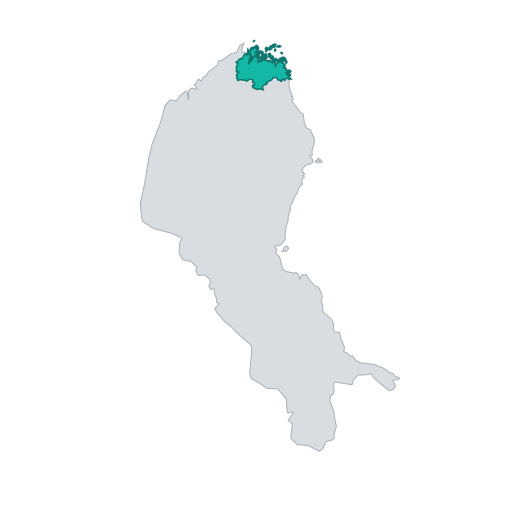 Finland, with Finland Proper highlighted, rotated 161°
{"feature_id": "FIN-3191", "entity_name": "Finland Proper", "entity_type": "Region", "adm_level": 1, "iso_a3": "FIN", "parent_name": "Finland", "parent_adm1": "", "projection": "orthographic", "projection_center": [22.144, 60.47], "detail": "fine", "context": "in_parent", "style": "filled", "palette": "teal", "viewbox_px": 512, "rotation_deg": 161, "n_neighbors": 0, "source": "natural_earth", "source_scale": "10m", "svg_char_len": 9822}
<svg xmlns="http://www.w3.org/2000/svg" viewBox="0 0 512 512"><g transform="rotate(161 256 256)"><path d="M214.7,222.3L212.7,215.0L210.3,208.7L207.7,207.1L206.8,204.7L206.3,199.6L206.6,195.6L209.1,191.7L209.4,186.6L210.8,182.4L210.0,179.8L205.6,172.3L205.0,169.9L204.7,165.8L206.9,161.9L206.1,158.2L201.8,156.8L202.0,154.5L203.0,150.7L202.3,147.5L202.2,140.4L204.2,137.2L201.7,134.8L199.2,130.3L197.2,130.1L195.9,125.3L192.2,121.0L179.6,115.0L171.9,108.3L167.9,102.7L164.2,99.6L163.9,96.7L160.0,94.4L160.8,93.1L163.9,93.1L166.4,94.3L167.3,92.8L166.3,88.6L166.5,87.5L169.4,85.2L174.0,85.2L184.0,101.8L185.6,107.1L195.2,108.9L196.3,110.1L198.9,109.8L204.4,107.1L206.5,103.4L208.5,103.7L222.5,111.3L224.6,109.4L225.6,104.4L226.6,102.1L228.0,100.4L231.1,99.3L233.4,95.1L232.9,83.5L233.9,80.1L235.5,68.7L239.2,63.4L241.8,58.0L244.7,57.1L250.1,57.7L255.9,51.9L259.9,50.8L268.0,59.5L278.6,64.4L282.2,71.9L281.3,75.2L276.7,84.3L276.8,86.6L279.1,90.2L271.7,95.6L272.4,96.8L276.7,97.0L277.3,98.6L274.2,109.9L274.3,111.9L278.6,123.3L288.9,127.3L292.3,132.3L300.5,141.7L300.4,146.5L291.9,165.5L290.0,170.7L290.0,173.9L297.9,187.4L302.4,197.1L307.0,204.0L311.5,215.7L312.2,219.8L306.3,222.8L308.2,224.8L307.2,228.7L307.6,234.2L306.3,237.8L306.7,238.8L309.8,239.2L310.4,241.5L310.3,243.0L307.5,246.1L307.5,248.9L309.7,253.6L311.3,255.1L316.4,256.1L317.2,257.3L317.8,260.7L315.9,264.4L316.1,265.8L319.0,271.8L326.1,276.1L327.3,279.8L327.6,282.3L327.5,284.6L323.6,293.8L320.1,297.0L328.7,305.2L343.8,315.1L351.1,324.3L352.0,327.0L349.3,340.2L348.0,343.8L338.5,359.4L325.0,384.4L317.8,395.6L303.2,412.8L292.7,428.2L286.4,431.6L281.1,428.8L278.6,429.8L276.3,432.1L268.3,435.0L267.8,432.7L269.1,426.3L268.4,426.5L267.2,429.5L266.6,433.0L265.2,434.8L261.8,435.7L258.3,433.1L256.8,433.3L258.7,437.3L258.6,438.5L256.9,438.4L253.3,441.7L252.5,441.8L251.2,439.2L247.4,442.3L243.7,443.0L241.5,445.3L230.7,448.9L227.7,452.7L225.6,452.0L213.3,455.4L208.1,454.7L202.6,460.4L198.2,461.2L202.6,455.3L202.8,453.3L200.4,452.4L198.7,450.3L197.0,445.9L196.1,445.7L194.7,451.2L191.8,453.2L188.1,453.2L187.6,450.8L188.3,448.5L187.7,448.1L188.2,446.3L190.1,446.1L190.6,445.2L190.6,444.1L189.1,443.1L190.5,439.1L184.0,438.4L176.1,434.2L175.1,430.6L171.3,433.1L167.9,430.5L167.4,428.9L166.6,415.6L167.0,412.0L169.0,407.6L169.7,403.1L169.6,395.0L170.7,395.0L169.5,392.3L171.3,391.7L171.5,390.8L167.5,377.8L165.1,374.8L167.1,365.5L166.9,363.3L166.6,360.7L163.7,357.8L162.7,349.5L163.5,344.8L169.3,336.5L169.6,333.2L172.8,333.0L171.4,330.0L171.0,326.4L175.6,325.1L177.3,326.2L181.3,324.8L184.9,322.2L183.5,317.1L185.4,316.9L184.8,315.7L184.9,314.4L186.3,315.0L188.6,311.4L188.7,308.7L192.6,307.2L197.1,301.7L201.2,298.6L205.4,293.1L207.2,292.8L208.1,289.0L212.6,283.3L214.2,278.8L218.4,273.5L222.4,264.5L222.8,262.0L229.2,258.4L235.1,259.1L234.9,256.9L233.9,255.5L236.2,253.1L235.5,249.6L234.0,247.9L234.9,234.4L233.0,231.9L226.1,227.6L223.4,227.3L221.7,223.9L222.3,219.9L218.8,223.1L214.7,222.3ZM181.4,440.2L185.9,440.2L187.1,442.2L185.1,443.6L185.0,445.2L186.1,447.8L184.0,447.8L182.6,444.9L180.4,442.9L181.4,440.2ZM227.4,254.2L225.0,255.7L222.9,254.9L222.8,252.4L226.2,250.5L229.9,252.2L228.1,252.8L227.4,254.2ZM165.5,323.4L165.3,325.6L167.8,324.0L168.8,324.7L168.6,326.6L167.8,326.2L165.7,328.4L163.9,326.5L162.7,323.3L165.5,323.4ZM168.1,433.1L167.9,435.0L165.2,435.1L164.1,433.2L163.5,430.1L164.6,428.8L165.2,430.5L168.1,433.1ZM178.8,440.9L177.4,441.1L175.3,439.1L175.1,438.3L175.9,437.9L175.5,435.6L177.1,436.9L177.9,438.3L177.1,438.7L178.8,440.9ZM175.6,448.8L173.6,450.1L172.8,449.8L173.0,447.5L174.2,446.4L176.2,446.3L175.6,448.8ZM171.5,450.0L169.8,450.4L168.7,449.2L170.3,447.4L171.6,447.6L171.9,448.7L171.5,450.0Z" fill="#d9dde1" stroke="#a8b0b8" stroke-width="1"/><path d="M199.2,450.0L199.7,449.4L199.3,448.9L198.9,450.0L198.2,450.5L198.0,449.4L197.0,449.0L196.3,448.3L196.5,447.5L196.1,447.0L197.2,445.1L198.9,443.2L199.6,441.2L200.3,440.4L200.3,440.1L199.9,440.0L199.4,440.5L198.7,442.0L197.5,441.6L196.3,442.3L193.5,444.8L189.3,446.2L190.7,445.1L190.3,445.0L190.3,444.7L190.6,443.9L191.8,443.2L190.3,443.5L188.9,444.5L187.8,444.6L188.0,443.8L189.6,441.6L189.7,441.0L191.3,439.3L191.2,438.4L190.4,439.3L189.7,439.5L188.1,439.4L188.5,438.3L184.7,439.1L182.5,437.2L181.2,436.9L180.9,435.9L180.2,436.9L179.9,436.8L179.3,436.1L179.3,435.6L178.6,435.3L178.6,434.7L177.7,434.7L178.0,433.6L177.0,433.2L176.1,433.4L175.9,433.8L176.5,435.3L175.1,434.9L174.7,435.3L175.1,433.4L175.2,431.4L175.9,430.9L175.6,430.1L175.8,429.2L173.7,431.1L172.3,431.7L172.4,432.6L171.9,434.5L170.2,434.7L170.7,434.2L170.5,433.3L169.5,431.7L170.7,432.0L170.7,431.7L168.9,431.4L168.0,431.6L167.3,431.1L167.3,430.8L167.7,430.6L167.5,430.0L168.4,430.3L168.6,430.0L167.2,429.0L166.3,427.3L166.3,426.7L168.0,427.1L168.1,426.6L167.7,425.3L168.6,425.3L168.6,425.1L167.0,424.2L167.7,424.0L166.8,423.1L166.9,422.6L166.8,422.0L166.2,421.8L165.9,421.2L166.1,420.5L165.7,419.7L167.5,419.8L167.9,419.3L166.9,419.1L166.4,418.2L167.1,417.7L167.9,418.2L167.6,417.0L167.2,416.8L166.1,414.1L165.8,413.8L166.2,413.3L165.7,412.8L165.4,411.9L167.1,412.7L167.8,412.5L168.3,413.8L169.2,414.2L171.2,413.7L171.2,413.0L171.7,412.6L171.9,412.8L172.2,414.0L173.3,414.5L174.2,414.2L174.7,413.0L175.4,413.0L175.6,413.1L175.3,413.7L178.0,415.5L177.9,416.4L179.1,418.5L181.9,419.0L183.8,417.4L189.9,416.7L190.1,416.5L189.3,415.6L190.0,415.0L193.0,415.0L194.5,414.5L195.0,413.9L194.8,412.8L195.2,412.0L194.9,410.8L195.2,410.7L196.8,412.2L198.5,413.1L200.7,413.0L204.1,416.4L204.0,417.3L203.4,417.7L203.6,418.5L201.5,418.7L201.1,419.4L201.2,420.4L201.7,420.9L202.6,421.1L202.6,421.5L201.6,423.1L201.9,423.7L203.0,424.6L204.5,425.3L207.8,424.3L208.8,425.6L209.7,426.2L211.3,426.5L212.3,427.6L216.1,428.0L215.8,428.6L215.8,429.1L216.5,430.0L216.1,431.1L215.5,431.7L215.4,432.3L215.6,433.5L215.3,433.9L213.3,434.6L212.8,435.0L212.4,436.0L214.0,436.0L214.3,436.6L214.3,437.3L214.2,438.3L213.4,439.2L213.0,441.3L211.4,442.7L211.1,443.6L210.5,443.7L211.6,445.1L211.7,445.5L211.5,446.1L209.9,445.9L208.5,447.1L206.6,447.7L205.4,447.6L205.1,447.3L205.2,446.8L204.9,446.7L202.6,449.3L201.1,450.5L200.2,450.7L199.2,450.0ZM195.1,445.2L196.6,442.9L197.1,442.4L197.9,442.6L197.7,443.5L196.5,444.9L196.1,446.0L195.5,446.6L195.6,447.5L195.2,447.8L195.6,448.1L195.5,448.6L195.8,449.9L195.1,451.0L193.5,452.5L194.0,453.0L193.5,454.1L192.5,454.4L192.0,453.0L191.0,454.3L190.9,455.0L190.9,454.0L190.5,454.2L190.4,453.7L190.7,452.5L189.5,454.0L188.3,454.5L188.3,450.7L187.3,449.8L188.5,449.1L190.8,448.9L190.8,448.7L187.2,448.4L187.8,445.5L188.4,445.4L187.9,446.8L188.2,447.0L190.2,446.6L191.2,445.9L195.1,445.2ZM178.9,441.0L177.0,441.3L177.0,440.7L174.9,439.4L174.7,439.0L174.8,438.5L175.9,438.0L175.0,436.6L175.2,435.7L175.6,435.5L176.8,436.4L177.0,437.1L177.6,437.5L177.9,438.6L176.8,438.5L177.9,439.4L177.8,439.7L178.7,439.8L178.9,440.2L178.2,440.5L178.9,440.7L178.9,441.0ZM181.0,441.9L183.9,441.9L185.6,442.9L185.5,443.6L184.7,443.5L184.1,444.0L183.2,444.3L182.9,444.2L183.2,443.8L183.0,443.3L182.5,443.1L181.7,443.2L182.5,443.2L182.2,444.0L180.5,443.6L180.6,442.3L181.0,441.9ZM173.8,446.7L176.0,446.5L176.7,447.0L176.7,447.3L175.8,447.6L176.3,448.1L174.8,448.1L175.4,448.4L174.9,448.7L175.0,449.0L174.6,449.4L173.3,449.8L172.8,449.5L173.1,449.2L173.0,448.7L173.4,448.4L173.0,447.9L173.1,447.5L173.8,446.7ZM168.9,448.9L169.6,448.0L170.4,447.5L171.2,447.6L172.0,448.1L171.2,449.2L171.7,449.4L171.2,450.3L170.4,450.0L169.2,450.4L168.6,449.7L170.1,449.5L169.6,448.8L168.9,448.9ZM167.0,431.9L167.4,432.6L168.4,432.8L168.8,433.3L168.4,433.3L168.2,434.1L168.4,434.6L167.8,434.8L167.7,435.1L168.0,435.5L167.0,434.7L166.6,434.0L166.4,433.0L165.9,433.5L165.7,433.3L165.9,432.0L167.0,431.9ZM187.0,452.3L186.9,451.3L187.1,451.0L187.9,451.7L187.7,454.5L187.1,454.0L186.5,454.7L185.9,453.1L185.9,451.8L186.0,451.4L186.3,451.1L186.5,451.4L186.6,452.3L187.0,452.3ZM165.7,419.1L163.5,418.7L164.0,418.3L164.9,418.7L165.3,418.5L165.2,417.9L165.6,417.4L165.1,416.6L164.3,416.3L164.8,415.6L165.5,415.5L166.8,417.1L165.9,417.9L165.7,419.1ZM186.6,441.5L185.9,441.8L185.1,441.6L185.8,440.5L186.8,440.2L186.9,440.7L188.2,441.1L188.4,441.5L187.3,442.4L186.2,442.7L186.6,441.5ZM180.1,445.9L180.3,446.5L179.1,447.6L179.7,448.2L179.1,448.9L178.5,449.0L177.9,448.4L177.6,447.3L180.1,445.9ZM166.1,445.9L166.4,446.4L168.0,446.7L168.0,447.0L167.2,446.9L166.6,447.8L164.4,446.6L165.1,445.9L166.1,445.9ZM183.1,446.2L183.8,444.7L184.3,444.3L184.7,444.6L184.8,445.5L184.3,446.6L183.5,447.0L183.1,446.2ZM197.6,449.3L198.1,450.4L197.8,450.9L195.7,451.0L196.6,449.5L197.6,449.3ZM165.5,435.0L164.2,434.3L164.4,433.5L163.8,431.9L164.2,431.9L164.8,432.6L165.3,433.5L165.5,435.0ZM165.2,431.6L164.8,431.6L164.5,430.8L163.9,430.5L163.5,429.6L164.1,429.1L164.4,428.4L164.7,428.6L164.7,429.2L165.1,429.7L164.8,431.3L165.2,431.3L165.2,431.6ZM184.9,447.1L186.4,446.2L186.6,446.6L186.2,447.3L185.3,447.8L185.6,448.4L184.6,448.4L184.9,447.1ZM184.8,439.7L184.6,440.1L182.7,440.7L182.0,440.3L182.2,439.9L184.0,439.4L184.8,439.7ZM178.1,443.1L177.1,443.2L176.6,442.8L176.5,442.2L178.4,442.0L178.1,443.1ZM196.6,451.6L197.4,451.7L196.3,454.1L195.9,453.2L196.0,452.7L196.5,452.4L195.9,452.1L196.6,451.6ZM174.2,433.9L173.0,436.0L172.8,436.2L172.7,435.8L173.3,434.0L173.9,433.3L174.3,433.4L174.2,433.9ZM171.0,444.2L171.5,444.2L171.0,445.4L170.3,445.3L170.2,444.7L170.7,443.6L171.1,443.6L171.0,444.2ZM178.1,448.9L179.1,449.5L178.3,449.9L177.8,449.8L177.5,449.4L178.1,448.9ZM183.0,439.1L183.0,439.4L181.0,440.2L181.6,439.2L183.0,439.1ZM187.2,459.9L189.2,459.4L187.8,460.3L187.2,460.2L187.2,459.9ZM165.9,439.0L166.1,439.5L166.2,440.2L165.0,439.5L165.3,438.7L165.9,439.0ZM164.3,420.5L164.7,420.3L164.6,421.1L163.5,420.6L163.1,420.0L163.5,419.8L163.8,419.9L163.9,420.4L164.3,420.5ZM179.0,442.7L178.4,443.0L179.1,442.5L179.0,442.7Z" fill="#14b8a6" stroke="#0f766e" stroke-width="1.5"/></g></svg>